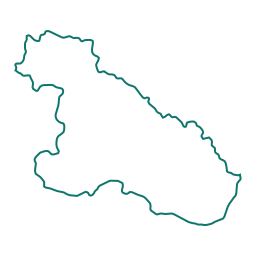 the border of Karnali
{"feature_id": "NPL-1126", "entity_name": "Karnali", "entity_type": "Administrative Zone", "adm_level": 1, "iso_a3": "NPL", "parent_name": "Nepal", "parent_adm1": "", "projection": "natural_earth1", "projection_center": [82.262, 29.569], "detail": "fine", "context": "isolated", "style": "outline", "palette": "teal", "viewbox_px": 256, "rotation_deg": 0, "n_neighbors": 0, "source": "natural_earth", "source_scale": "10m", "svg_char_len": 4287}
<svg xmlns="http://www.w3.org/2000/svg" viewBox="0 0 256 256"><path d="M48.1,31.0L50.1,31.7L61.5,37.2L63.5,37.7L65.6,37.3L67.6,36.6L69.7,36.2L73.7,38.1L76.9,37.8L78.8,38.2L79.6,38.8L80.7,40.5L81.4,41.1L82.3,41.3L83.2,40.9L84.1,40.5L85.0,40.1L88.9,39.9L91.1,40.1L92.6,40.9L93.0,42.7L92.0,49.2L92.2,52.3L93.3,54.2L95.0,55.5L97.4,56.5L98.9,57.9L98.4,60.1L96.2,64.4L96.3,66.0L97.0,68.4L97.8,70.7L98.7,72.0L100.6,72.3L102.3,71.6L104.0,71.3L108.3,74.1L110.2,74.4L112.1,74.4L114.2,75.0L115.0,75.7L116.1,77.6L116.9,78.3L118.4,78.5L119.9,78.3L121.3,78.3L122.7,79.3L124.0,81.0L125.5,82.6L127.2,83.9L128.9,84.9L133.5,86.4L135.1,87.4L142.4,97.0L144.0,98.2L145.0,98.2L146.9,97.5L147.9,97.6L149.0,98.4L149.0,99.3L148.6,100.4L148.3,101.8L149.2,103.7L154.9,108.5L156.6,111.3L157.7,112.4L158.8,113.0L159.9,113.4L160.9,114.1L161.5,115.5L162.9,117.6L164.9,116.8L167.0,115.1L168.8,114.3L169.7,114.7L171.1,116.4L171.9,117.1L172.8,117.2L174.9,116.9L176.0,117.1L181.4,122.1L182.1,123.2L183.4,126.0L184.4,126.8L185.8,126.7L186.3,125.5L186.6,123.9L187.0,122.7L187.7,122.4L190.2,121.7L192.4,121.5L193.5,121.5L194.6,122.0L195.9,123.0L196.2,123.6L196.6,125.1L196.8,125.6L197.5,126.1L199.1,126.7L199.8,127.1L202.0,129.5L202.8,131.0L203.1,132.7L202.7,133.7L202.2,134.3L201.7,135.1L201.5,136.4L203.1,138.9L209.1,137.5L211.7,140.3L212.0,142.4L211.7,144.1L211.9,145.5L214.8,148.0L215.0,149.3L214.9,150.7L215.3,152.3L216.4,153.4L217.6,154.0L218.6,154.9L219.5,158.1L220.5,159.1L223.1,160.2L224.8,161.4L225.7,163.2L226.6,167.5L226.8,169.9L227.0,171.1L227.7,172.0L228.8,172.5L231.2,172.9L232.2,173.8L233.3,174.5L237.2,175.2L238.6,175.3L240.0,174.7L240.6,178.6L240.3,179.5L239.4,180.7L238.4,181.7L237.5,183.0L237.0,184.4L236.3,193.2L235.8,194.9L235.3,196.0L234.4,196.8L229.2,204.0L227.6,207.2L224.4,216.6L223.1,218.5L214.7,221.9L212.6,223.2L210.6,224.0L206.1,225.0L204.3,225.0L201.3,224.5L199.1,224.6L197.6,224.4L195.1,223.5L192.4,223.1L188.7,222.1L174.7,214.6L172.7,213.8L171.3,213.5L165.6,214.0L160.8,213.5L159.5,213.7L158.6,214.1L156.9,214.4L155.6,213.8L151.1,210.6L150.5,209.6L150.4,208.5L150.5,206.9L150.5,205.2L150.2,203.7L149.7,202.8L146.0,198.7L144.4,197.3L143.1,196.5L137.7,194.7L132.0,192.2L129.9,192.0L128.9,192.6L128.6,193.0L127.7,193.5L126.6,193.9L125.8,193.8L125.0,193.6L123.1,192.8L122.5,192.3L122.1,191.7L121.9,191.0L121.9,190.3L122.1,189.1L122.4,188.4L122.6,187.5L122.8,186.4L122.8,185.3L122.7,184.3L122.3,183.0L118.0,180.9L110.9,180.7L109.4,181.0L100.1,185.5L99.2,186.2L98.5,186.9L97.4,188.9L96.8,189.7L95.8,190.4L95.1,191.1L94.5,192.0L94.0,193.2L92.5,194.9L91.4,195.4L90.2,195.5L89.3,195.0L88.8,194.2L88.2,193.0L88.1,192.9L87.8,192.8L87.5,192.4L85.6,191.8L77.1,195.9L69.6,195.2L67.7,194.5L65.6,193.5L64.2,192.6L62.5,192.1L57.4,191.1L49.7,188.3L46.4,187.7L44.7,187.0L44.1,186.5L44.1,185.7L44.2,184.6L44.1,181.7L41.7,178.6L40.4,177.2L39.2,176.2L36.4,174.3L35.7,173.7L35.3,172.2L35.0,170.4L35.9,163.4L35.1,161.6L34.7,160.4L34.6,159.3L35.1,158.2L36.0,156.9L38.9,153.8L40.3,152.6L44.2,151.3L45.5,151.1L47.4,151.0L48.1,151.2L48.8,151.6L51.1,153.9L52.1,154.4L53.3,154.4L54.9,154.2L58.2,153.1L58.8,151.1L57.8,149.2L56.8,147.0L56.4,144.4L56.5,141.7L56.8,139.5L57.4,137.6L58.4,136.1L62.1,133.4L63.6,131.9L64.2,129.5L64.3,127.7L64.2,125.2L63.8,124.2L63.3,123.5L61.5,122.9L61.0,122.8L59.5,122.1L58.3,121.2L57.2,120.1L56.3,118.7L55.7,116.7L55.6,115.4L55.7,114.4L58.3,105.6L58.7,102.7L59.0,99.0L59.2,97.6L59.5,96.7L60.1,96.1L61.3,95.0L62.0,94.4L62.6,93.6L63.0,92.7L63.1,91.8L63.1,90.5L62.7,89.4L61.7,88.6L60.5,88.2L56.8,87.4L55.3,86.7L54.0,85.7L52.9,85.2L51.2,84.9L44.2,85.1L43.1,85.2L42.1,85.5L40.1,86.8L37.7,90.5L37.1,90.9L36.7,90.9L35.9,90.7L35.1,90.2L33.1,88.7L32.7,87.7L32.6,86.8L32.9,84.6L33.0,83.3L32.8,82.2L32.4,81.2L32.0,80.4L31.6,79.7L30.6,77.7L30.0,75.8L29.7,75.6L29.2,75.4L27.1,75.4L24.0,75.8L23.2,75.6L22.4,75.1L21.3,74.0L20.4,73.4L18.4,72.6L16.4,71.0L15.5,70.4L15.9,69.5L16.3,67.8L16.1,67.0L15.4,65.2L15.4,64.4L16.4,63.6L17.9,63.5L19.4,63.6L20.6,63.4L22.1,62.2L23.2,60.7L23.9,58.8L24.4,55.2L25.5,53.1L25.9,52.1L25.8,51.1L25.2,49.2L25.0,48.2L25.0,44.2L25.3,42.4L26.3,40.8L26.8,39.2L26.6,37.4L26.8,35.9L28.7,35.3L30.4,36.1L33.9,39.6L35.8,40.7L38.2,41.1L39.3,40.7L40.4,36.3L40.8,35.4L41.5,34.9L43.3,34.6L44.6,34.0L45.1,33.0L45.3,32.0L46.0,31.3L48.1,31.0Z" fill="none" stroke="#0f766e" stroke-width="2"/></svg>